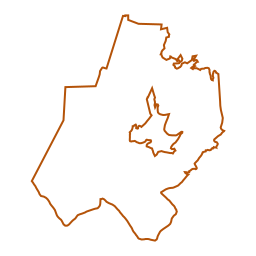 outline of Kafr Al-Dawwar, Al Buhayrah, Egypt
{"feature_id": "37247803B13171530844779", "entity_name": "Kafr Al-Dawwar", "entity_type": "district", "adm_level": 2, "iso_a3": "EGY", "parent_name": "Egypt", "parent_adm1": "Al Buhayrah", "projection": "mercator", "projection_center": [30.133, 31.129], "detail": "fine", "context": "isolated", "style": "outline", "palette": "amber", "viewbox_px": 256, "rotation_deg": 0, "n_neighbors": 0, "source": "geoboundaries", "source_scale": "gbopen_adm2", "svg_char_len": 5875}
<svg xmlns="http://www.w3.org/2000/svg" viewBox="0 0 256 256"><path d="M176.8,211.6L176.7,211.2L176.4,210.7L176.2,209.5L175.4,208.6L174.8,207.1L174.0,205.9L172.3,204.3L169.3,200.5L167.7,199.4L165.9,197.5L161.3,193.3L161.1,192.3L165.7,189.4L166.7,189.0L168.3,188.4L169.5,188.1L171.2,187.9L172.7,187.8L173.7,187.5L178.0,185.6L178.9,184.8L180.8,182.9L181.6,182.4L182.3,181.6L183.4,180.1L183.8,179.7L187.1,175.7L188.2,174.6L187.5,174.5L185.3,172.9L184.9,172.1L186.2,172.2L187.8,172.5L189.3,172.1L189.4,171.6L189.2,171.2L189.6,171.0L191.0,170.1L191.5,169.5L192.8,168.9L195.0,168.8L195.7,169.2L196.2,169.0L196.7,168.5L196.7,167.8L196.0,166.3L195.3,165.2L194.6,163.7L194.8,163.3L197.0,161.0L197.6,160.5L199.2,157.9L200.9,155.9L201.8,154.5L202.7,152.3L203.1,152.4L203.7,151.9L205.7,151.4L205.8,150.3L206.8,150.3L207.6,149.9L209.6,150.3L210.7,150.0L210.8,149.5L211.5,149.2L212.3,148.1L213.0,148.4L213.8,147.1L214.9,147.6L215.9,147.3L216.3,147.5L216.2,147.0L216.8,145.9L217.6,144.6L217.8,143.9L217.3,143.0L216.7,142.2L215.2,141.9L214.1,140.7L214.2,139.5L218.1,136.1L220.8,134.5L222.1,132.7L223.1,131.8L224.0,131.2L224.2,130.9L223.2,130.5L222.3,130.0L221.6,129.4L221.0,128.5L220.7,127.4L222.2,122.7L222.8,118.0L220.9,110.0L220.3,105.7L220.2,103.5L220.1,101.2L218.4,74.8L218.4,74.1L216.6,72.9L216.1,72.7L215.8,71.7L215.5,71.4L215.4,71.2L214.9,70.9L214.4,70.8L213.3,72.2L213.3,73.2L212.9,73.8L212.9,76.5L213.3,77.3L213.4,77.9L212.8,79.0L212.8,80.3L211.8,80.0L211.1,79.1L210.9,78.1L210.8,77.6L210.7,76.4L210.7,75.8L209.8,73.7L209.8,72.7L209.5,72.2L209.5,69.9L209.4,69.7L209.2,69.2L208.7,68.2L207.4,67.8L205.2,68.0L204.0,68.7L202.5,68.7L201.1,68.9L200.2,70.0L199.2,69.4L196.6,68.2L193.5,68.3L192.9,69.1L191.2,68.0L192.2,67.1L192.8,66.9L193.1,66.9L193.6,66.6L193.8,66.6L195.0,66.0L193.7,65.0L194.0,64.5L194.7,64.1L195.0,63.9L195.7,63.0L196.7,62.2L197.1,61.9L197.3,61.7L197.7,61.7L197.2,60.7L196.8,60.2L196.2,60.0L195.9,60.0L194.2,60.8L193.7,60.8L193.6,60.5L193.5,59.3L193.7,58.9L194.0,58.5L194.3,58.5L194.5,58.3L194.7,58.0L194.9,57.8L196.1,55.7L192.6,56.3L191.9,59.8L191.2,60.5L187.2,63.3L184.9,62.3L182.1,63.6L181.8,63.8L181.5,64.6L181.5,65.1L181.3,65.7L180.1,67.1L179.6,67.2L178.8,67.8L178.1,68.2L177.4,68.5L176.6,68.6L176.4,68.4L176.0,68.1L175.6,68.0L175.2,67.6L175.1,67.4L175.0,66.9L175.0,66.4L173.4,64.9L173.8,63.6L178.4,63.3L178.8,63.2L179.1,63.1L179.2,62.8L179.9,62.1L180.8,61.6L181.9,60.6L181.9,60.2L182.4,58.8L180.6,55.1L177.8,58.8L179.0,60.5L177.2,61.1L175.8,59.1L171.5,57.4L170.9,56.6L170.3,56.4L169.9,58.4L168.5,59.1L168.2,59.1L166.4,59.9L162.6,57.5L161.4,54.9L161.4,53.9L161.1,54.2L160.8,54.2L161.5,52.5L161.6,51.8L162.4,50.4L162.8,50.0L164.5,48.4L163.9,45.1L165.7,40.9L166.3,37.5L168.9,36.8L168.9,35.4L169.3,34.4L167.7,32.2L167.1,27.8L161.0,29.3L161.6,24.5L160.3,24.4L138.5,23.8L128.2,19.9L128.2,15.4L125.3,15.4L125.3,16.1L123.0,15.9L106.5,68.5L105.8,68.4L102.9,67.5L102.7,67.5L102.3,67.7L102.0,68.0L100.0,71.2L100.0,71.5L99.7,74.3L98.9,76.9L95.6,86.2L65.4,87.1L63.5,120.3L31.8,181.1L32.9,182.5L34.0,184.3L35.4,186.2L36.4,188.2L38.7,192.0L39.6,194.2L41.0,196.0L43.8,196.6L46.0,197.8L47.6,199.3L49.2,201.6L50.2,203.8L51.3,205.3L53.2,207.6L54.9,210.0L56.7,214.9L57.4,216.2L58.3,217.3L59.5,218.5L61.0,219.7L61.8,220.9L63.7,224.6L64.3,224.8L65.2,225.7L66.7,225.7L67.5,225.5L67.7,225.4L68.5,224.8L69.0,224.5L70.8,222.5L72.1,221.1L73.2,220.1L75.3,218.5L76.7,216.5L77.7,215.2L79.8,214.3L82.1,213.6L85.0,212.5L86.5,211.6L88.2,211.0L93.5,209.2L95.2,208.7L97.3,208.3L98.0,207.9L99.4,206.3L99.7,205.7L100.0,205.0L100.2,204.1L100.3,203.2L100.5,199.1L101.6,199.0L102.6,198.6L104.1,199.3L105.5,200.6L106.5,201.8L107.7,202.4L108.4,202.9L111.2,204.1L112.3,204.5L114.7,206.1L117.7,209.5L119.0,210.7L120.1,212.4L121.8,214.4L123.2,216.2L124.1,217.0L125.4,218.5L127.3,221.0L130.3,225.9L131.2,227.1L131.5,227.7L132.0,228.4L132.4,229.6L133.4,231.5L135.3,233.8L136.2,235.2L136.7,235.7L137.0,236.2L137.4,236.7L138.2,238.1L138.8,238.6L141.6,239.5L144.2,239.3L145.6,239.0L147.6,239.0L148.8,239.1L150.6,239.7L155.0,240.6L156.7,239.4L157.2,238.2L157.6,236.5L158.2,235.2L160.0,231.8L160.9,230.8L163.1,229.1L168.3,225.6L170.2,223.9L171.1,221.8L171.4,220.3L171.8,218.5L173.8,215.7L175.8,214.2L176.8,211.6ZM154.1,95.0L155.0,97.6L154.4,98.9L154.3,99.2L155.0,102.1L154.9,103.4L154.7,104.5L154.5,105.0L155.1,107.4L156.6,104.3L157.8,104.5L158.3,105.6L157.7,107.2L157.6,108.2L157.7,109.4L157.7,110.6L158.0,112.5L158.9,113.5L160.3,114.3L163.1,115.0L165.1,114.9L168.5,114.2L169.0,114.1L167.7,118.1L166.0,122.2L164.9,125.2L164.2,129.3L164.6,130.7L167.2,133.7L169.1,135.0L171.8,135.3L173.3,135.3L175.4,135.4L176.6,135.2L181.4,131.8L182.3,131.9L182.3,132.3L182.2,132.9L180.9,133.9L180.3,134.8L179.7,136.3L178.9,137.5L178.5,138.4L177.9,139.3L175.5,142.5L173.5,143.9L172.3,145.3L171.2,147.0L170.9,148.3L171.4,148.6L171.9,149.1L173.3,149.0L174.3,148.7L175.4,150.6L174.2,151.3L173.1,153.2L172.9,153.5L172.7,153.4L171.6,153.0L170.4,153.1L166.4,152.3L164.9,152.1L162.6,151.5L161.6,151.1L158.2,151.9L156.7,154.6L154.9,156.0L153.7,153.5L153.2,152.3L153.0,151.1L152.3,149.5L152.1,148.5L150.7,148.0L148.6,147.0L146.7,146.4L146.7,145.1L147.3,144.1L148.0,143.5L150.6,142.3L151.1,141.1L150.7,140.2L148.4,140.1L146.7,139.7L146.1,140.1L145.5,141.3L144.7,141.9L143.1,142.6L141.0,143.2L140.5,143.2L139.4,143.2L138.6,142.9L137.8,142.5L137.0,142.3L134.8,140.9L134.0,141.1L132.7,141.2L131.8,141.3L131.3,141.5L130.1,141.2L129.8,140.5L129.8,139.1L129.9,137.6L129.9,135.2L129.8,134.9L130.1,134.0L130.0,133.2L129.7,132.6L129.7,132.3L131.1,131.0L131.9,129.8L132.0,129.6L132.3,128.8L132.6,127.5L132.7,126.2L133.7,126.1L134.2,125.4L135.7,124.6L136.2,125.4L136.2,127.5L136.2,128.2L137.5,128.6L138.0,128.4L137.9,127.8L138.4,126.7L139.0,125.9L139.4,125.8L140.6,126.2L141.4,126.9L145.3,123.4L147.3,120.8L149.0,118.8L151.6,115.3L150.3,113.7L146.8,99.2L147.6,97.3L147.9,97.4L152.1,88.2L154.1,95.0Z" fill="none" stroke="#b45309" stroke-width="2"/></svg>